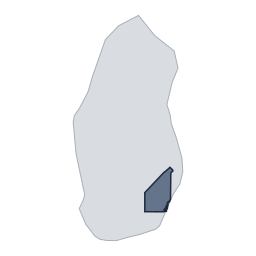 94, Al Wakrah, Qatar shown in context
{"feature_id": "91078587B61395128667616", "entity_name": "94", "entity_type": "district", "adm_level": 2, "iso_a3": "QAT", "parent_name": "Qatar", "parent_adm1": "Al Wakrah", "projection": "albers", "projection_center": [51.484, 24.925], "detail": "fine", "context": "in_parent", "style": "filled", "palette": "slate", "viewbox_px": 256, "rotation_deg": 0, "n_neighbors": 0, "source": "geoboundaries", "source_scale": "gbopen_adm2", "svg_char_len": 2453}
<svg xmlns="http://www.w3.org/2000/svg" viewBox="0 0 256 256"><path d="M138.8,234.7L127.2,237.5L116.3,240.6L107.2,240.5L99.9,239.3L95.0,236.2L85.7,224.2L79.2,208.6L83.3,200.0L84.7,194.6L76.0,153.6L73.2,122.1L74.3,115.6L79.5,108.2L88.0,91.9L92.6,76.1L105.4,39.6L118.8,25.6L138.5,15.4L154.6,35.5L174.2,51.0L178.0,68.2L172.2,82.2L166.9,104.5L170.1,114.8L171.3,123.7L176.6,138.6L181.9,158.0L182.8,171.5L179.9,183.9L173.1,194.4L159.5,226.0L155.4,229.3L138.8,234.7Z" fill="#d9dde1" stroke="#a8b0b8" stroke-width="1"/><path d="M170.0,167.3L164.8,171.9L164.3,172.0L152.2,184.8L144.8,192.6L144.8,211.7L163.2,211.8L163.2,211.4L166.4,211.4L166.4,209.9L166.5,209.9L166.5,209.7L166.4,209.9L166.3,210.1L166.3,210.3L166.2,210.3L166.2,210.2L165.9,209.9L165.7,210.0L165.6,210.3L165.4,210.4L165.4,210.7L165.4,210.8L165.4,211.0L165.2,210.9L165.0,210.7L164.9,210.7L164.9,210.4L164.7,210.3L164.5,210.2L164.4,210.1L164.3,209.8L164.2,209.6L164.4,209.6L164.5,210.1L164.6,209.8L164.7,209.7L164.8,209.7L164.7,209.6L164.8,209.6L165.0,209.4L165.0,209.5L165.3,209.7L165.5,209.7L165.8,209.8L165.9,209.7L166.0,209.7L166.0,209.8L166.0,209.7L166.1,209.4L166.6,209.4L166.5,209.5L166.8,209.3L166.8,209.2L166.9,208.9L166.7,208.8L166.5,209.1L166.4,209.0L166.2,208.9L165.8,208.9L165.8,209.1L165.8,209.3L165.6,209.3L165.6,209.1L165.5,208.9L165.3,209.0L165.2,209.2L165.1,208.8L165.3,208.8L165.5,208.7L165.8,208.6L165.7,208.5L165.6,208.4L165.6,208.2L165.6,207.7L165.8,207.5L165.8,207.4L166.0,207.2L166.0,206.9L166.1,206.7L166.1,206.3L166.2,206.0L166.3,206.0L166.3,205.9L166.5,205.8L166.6,206.0L166.5,206.4L166.6,206.5L166.6,206.8L166.5,207.0L166.5,207.4L166.6,207.8L166.7,208.0L166.9,208.0L167.0,207.9L167.1,208.0L167.2,208.3L167.1,208.5L167.0,208.9L167.1,208.6L167.2,208.4L167.3,208.2L167.4,207.8L167.5,207.6L167.7,205.5L167.8,205.2L167.9,204.9L168.1,204.5L168.3,204.1L168.1,204.4L168.0,204.1L167.9,204.0L167.9,203.9L167.8,204.0L167.7,204.0L167.8,203.9L167.8,203.7L167.5,203.3L167.5,203.2L167.4,203.0L167.3,202.9L167.4,202.6L167.5,202.4L167.9,202.2L168.0,202.3L168.3,202.5L168.5,202.6L168.7,202.4L168.8,202.3L168.8,202.2L168.8,201.7L169.0,201.5L169.3,201.6L169.3,201.3L169.2,201.3L169.2,201.2L169.4,201.0L169.4,200.9L169.5,200.9L169.7,201.0L169.5,201.5L169.8,200.9L169.9,200.5L169.9,200.4L170.0,200.3L170.1,200.1L170.1,199.9L170.2,199.7L170.3,199.5L170.4,199.3L170.5,199.2L170.7,183.3L170.8,173.0L172.9,171.0L172.8,170.1L170.0,167.3Z" fill="#64748b" stroke="#1e293b" stroke-width="1.5"/></svg>